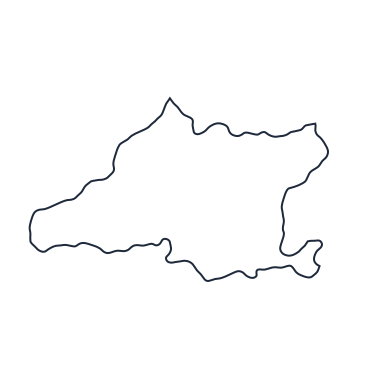 Pedro Brand, Santo Domingo, Dominican Republic (Robinson projection), rotated 288°
{"feature_id": "3306468B67900396339745", "entity_name": "Pedro Brand", "entity_type": "district", "adm_level": 2, "iso_a3": "DOM", "parent_name": "Dominican Republic", "parent_adm1": "Santo Domingo", "projection": "robinson", "projection_center": [-70.09, 18.624], "detail": "fine", "context": "isolated", "style": "outline", "palette": "slate", "viewbox_px": 384, "rotation_deg": 288, "n_neighbors": 0, "source": "geoboundaries", "source_scale": "gbopen_adm2", "svg_char_len": 5269}
<svg xmlns="http://www.w3.org/2000/svg" viewBox="0 0 384 384"><g transform="rotate(288 192 192)"><path d="M94.9,53.7L93.9,54.9L93.1,56.2L91.6,59.4L89.7,63.0L89.4,63.8L89.0,65.6L88.9,67.4L89.0,68.2L89.5,69.8L89.9,70.5L90.4,71.1L92.9,72.9L94.9,74.6L96.9,76.6L98.6,78.9L99.4,80.6L100.4,83.1L101.9,86.2L102.5,87.8L102.9,89.6L103.5,95.0L103.8,96.6L104.1,97.4L104.5,98.1L105.0,98.6L107.3,100.4L108.4,101.5L109.3,102.8L110.0,104.5L110.4,106.3L110.6,109.1L110.6,114.1L110.5,118.0L110.2,119.9L109.9,121.7L109.3,123.3L108.3,125.5L107.8,127.0L107.6,128.8L107.8,130.6L108.2,131.4L109.0,133.0L111.8,136.8L112.7,138.3L113.4,140.0L114.6,145.3L115.0,146.2L115.8,147.6L116.3,148.2L117.5,149.4L118.8,150.2L120.9,151.4L122.2,152.4L123.3,153.6L124.1,155.1L124.7,156.8L125.4,160.3L125.9,162.1L126.7,163.7L129.7,168.3L130.3,169.7L130.4,171.1L130.1,173.5L130.1,174.2L130.7,175.5L131.6,176.6L132.7,177.4L134.2,177.9L137.0,178.5L137.6,178.8L138.2,179.3L138.7,180.0L139.1,180.7L139.4,182.3L139.2,183.9L138.9,184.7L138.5,185.5L138.0,186.1L134.1,188.4L131.9,189.5L131.1,189.7L129.4,189.9L126.9,189.6L125.3,189.1L122.9,187.9L122.2,187.7L121.6,187.6L120.9,187.8L120.2,188.1L119.1,189.0L118.7,189.7L118.3,190.4L118.1,191.3L118.1,192.1L118.3,193.9L118.9,195.4L120.5,198.3L122.0,201.5L123.6,204.5L124.3,206.1L124.5,207.0L124.8,208.8L124.8,210.7L124.7,211.6L124.2,213.5L123.4,215.2L118.9,221.1L116.4,225.9L112.8,231.0L112.2,232.5L112.1,233.4L112.2,234.2L112.4,235.0L113.3,236.5L116.4,240.9L118.3,244.9L119.3,246.5L121.7,249.6L128.9,257.4L130.1,258.9L131.0,260.5L131.3,261.4L131.4,262.3L131.4,264.1L131.0,265.7L129.3,269.3L129.0,270.2L128.7,272.0L128.6,273.8L128.7,274.7L129.1,276.4L129.5,277.2L130.5,278.3L131.7,279.1L132.4,279.2L133.0,279.1L135.2,278.2L136.4,277.9L137.0,277.9L137.7,278.1L138.3,278.5L138.7,279.0L139.3,280.3L140.1,283.5L140.7,285.2L141.7,286.8L144.9,291.5L145.7,293.2L146.3,294.9L147.1,298.5L147.6,300.2L148.5,301.9L151.0,305.5L151.8,306.9L152.1,307.7L152.2,308.6L152.1,309.4L151.8,310.2L151.0,311.6L148.9,314.4L147.9,315.9L147.5,316.8L146.9,318.6L146.5,321.4L146.3,325.2L146.5,328.0L146.9,329.7L147.2,330.5L147.6,331.2L148.7,332.3L152.6,334.8L154.1,335.5L154.9,335.8L156.6,336.1L161.0,336.2L161.5,333.6L161.8,332.8L162.6,331.3L163.7,330.1L164.3,329.5L165.1,329.1L166.7,328.5L168.4,328.3L170.2,328.3L171.9,328.5L173.6,328.8L175.2,329.4L178.6,331.4L180.0,331.9L181.6,332.0L182.4,331.8L183.7,331.0L184.6,329.8L184.9,329.1L185.1,328.3L185.0,327.5L184.6,326.1L183.7,324.1L182.2,319.9L180.8,317.3L175.8,315.9L171.6,313.5L168.5,312.1L167.0,311.0L165.6,309.8L164.2,308.5L163.0,307.0L162.0,305.4L161.3,303.6L161.0,301.7L161.0,299.9L161.3,298.0L161.6,297.1L162.5,295.6L163.6,294.4L165.1,293.5L165.9,293.2L167.7,292.9L170.5,292.8L177.0,292.8L178.7,292.7L180.4,292.4L181.8,291.9L183.8,290.3L185.3,289.7L186.9,289.3L191.4,288.7L193.2,288.2L194.7,287.5L197.5,285.9L200.5,284.5L204.1,282.5L205.7,281.9L206.7,281.7L209.7,281.3L213.8,281.2L218.9,281.2L221.8,281.5L223.5,281.9L224.4,282.3L225.1,282.7L226.0,283.9L228.3,287.4L231.2,291.1L234.4,294.4L236.5,296.1L237.3,296.5L239.0,297.0L245.0,297.7L246.7,298.1L247.5,298.4L249.6,299.7L253.4,303.0L255.4,304.4L257.0,305.0L260.3,305.9L261.9,306.4L265.4,308.4L266.9,309.0L268.6,309.3L270.4,309.3L272.1,309.0L273.7,308.3L275.8,306.7L277.7,304.7L280.2,301.9L281.9,299.6L283.3,297.3L284.6,294.1L285.5,292.7L286.7,291.5L288.0,290.6L288.8,290.2L293.4,289.0L295.1,288.1L293.0,284.1L290.6,279.8L289.5,278.8L286.3,277.4L285.1,276.6L284.1,275.4L281.3,270.7L280.2,268.6L279.3,267.3L276.3,264.9L274.7,263.1L273.4,261.0L272.3,258.5L270.8,255.5L270.2,253.9L270.0,253.0L269.8,250.2L270.1,247.5L271.2,243.9L271.4,243.2L271.4,242.5L271.2,241.8L271.0,241.2L270.2,240.0L269.3,239.0L267.7,237.7L267.2,237.2L266.5,235.7L266.1,232.9L265.7,227.1L265.3,225.3L265.0,224.5L264.6,223.8L264.1,223.2L261.8,221.5L260.2,219.7L259.4,218.3L259.1,217.4L258.8,215.6L258.8,213.7L258.9,212.8L259.4,211.1L259.8,210.3L261.3,208.5L264.2,206.3L264.7,205.7L265.5,204.3L265.9,202.7L266.1,200.9L266.0,198.1L265.6,196.2L265.3,195.3L264.4,193.6L263.3,192.0L261.3,190.0L259.9,188.8L258.4,187.8L254.5,185.9L253.0,184.8L251.0,182.9L249.3,180.8L248.6,179.2L248.5,178.3L248.5,177.5L248.6,176.7L249.0,175.9L249.5,175.3L250.1,174.9L254.6,172.4L256.1,171.8L258.4,171.3L259.8,170.9L260.4,170.5L261.0,170.0L261.5,169.3L261.8,168.6L262.2,167.0L262.8,161.7L263.2,159.9L263.6,159.1L264.5,157.4L268.3,152.1L270.2,148.0L271.0,146.6L274.3,142.0L272.1,141.4L269.3,140.5L267.6,140.1L264.9,139.9L258.7,139.6L256.2,139.2L254.6,138.6L251.1,136.5L248.1,135.1L243.9,132.5L240.9,131.0L239.4,130.0L237.3,128.1L230.1,120.2L227.3,117.6L225.9,116.6L222.1,114.5L216.6,109.7L215.0,108.7L214.1,108.4L211.4,107.9L208.7,107.7L202.1,107.7L197.4,107.9L194.8,108.4L193.2,109.0L190.5,110.5L189.0,110.9L188.2,111.0L187.4,110.9L185.8,110.5L179.4,107.1L178.2,106.0L176.6,104.0L175.8,102.5L174.5,99.2L171.9,94.2L171.0,92.8L170.4,92.3L165.9,89.3L164.4,88.6L162.8,88.1L158.6,87.2L157.0,86.6L153.5,84.6L150.6,83.1L149.9,82.6L148.7,81.5L147.3,79.4L145.5,75.4L143.9,73.1L141.5,70.2L134.4,62.4L131.9,59.5L130.8,58.0L129.8,56.4L128.4,53.2L127.6,51.7L126.5,50.4L125.9,49.8L124.6,48.9L123.8,48.5L122.1,48.1L119.5,47.8L114.1,47.8L109.7,48.2L107.2,48.8L103.6,50.7L102.1,51.3L98.0,52.5L94.9,53.7Z" fill="none" stroke="#1e293b" stroke-width="2"/></g></svg>